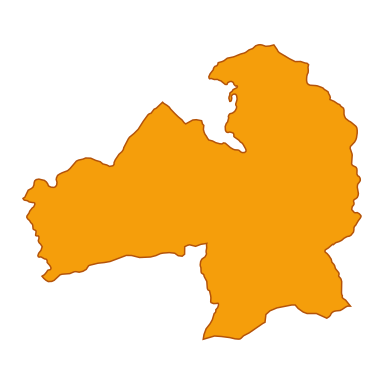 Bannang Sata, Yala, Thailand
{"feature_id": "78962969B58904714104170", "entity_name": "Bannang Sata", "entity_type": "district", "adm_level": 2, "iso_a3": "THA", "parent_name": "Thailand", "parent_adm1": "Yala", "projection": "albers", "projection_center": [101.271, 6.261], "detail": "fine", "context": "isolated", "style": "filled", "palette": "amber", "viewbox_px": 384, "rotation_deg": 0, "n_neighbors": 0, "source": "geoboundaries", "source_scale": "gbopen_adm2", "svg_char_len": 5928}
<svg xmlns="http://www.w3.org/2000/svg" viewBox="0 0 384 384"><path d="M273.9,44.9L269.6,46.0L265.7,46.3L262.1,45.0L260.1,44.7L258.2,44.9L255.7,45.8L252.6,48.6L249.0,49.9L246.1,52.1L244.4,53.0L240.7,54.0L233.5,56.9L227.3,58.2L224.0,60.7L222.3,61.5L218.2,62.7L217.8,64.2L217.1,65.5L216.3,66.0L215.2,66.2L214.2,67.2L213.5,68.4L213.3,69.7L210.1,73.8L208.8,76.8L209.1,78.2L209.6,78.8L211.2,78.5L214.3,79.5L217.4,79.4L219.3,80.4L220.8,80.8L225.2,84.4L226.3,84.5L227.0,84.4L227.8,82.6L229.8,81.6L231.3,81.4L232.9,82.2L233.4,82.8L234.0,84.4L235.4,85.9L236.0,86.1L236.5,85.8L237.0,85.9L237.3,86.1L237.4,86.8L236.9,87.7L233.1,89.6L232.1,91.3L230.1,92.8L229.8,93.7L229.8,95.0L229.0,97.0L228.9,98.4L229.8,101.4L230.4,101.4L231.3,100.7L231.8,98.1L231.4,96.2L232.1,95.1L232.8,94.5L233.8,94.1L234.8,94.1L235.6,94.3L236.4,95.3L236.7,96.0L237.1,99.0L236.7,100.9L235.7,104.0L235.8,105.0L236.6,106.5L236.6,107.2L236.4,108.4L235.5,110.2L234.6,111.5L232.4,113.1L230.0,113.7L229.2,114.5L228.6,115.6L228.3,116.8L228.7,117.7L227.6,121.9L226.3,123.5L225.2,126.5L225.4,129.9L225.6,130.7L226.2,131.7L226.8,132.2L228.0,132.5L229.8,132.0L232.4,132.7L233.4,133.3L233.8,134.3L233.9,136.5L234.4,137.0L238.8,140.1L240.4,142.0L242.0,143.0L243.0,144.2L245.5,148.6L246.0,149.9L246.0,150.9L245.9,151.4L244.6,152.5L242.2,152.6L240.9,152.0L238.9,150.3L237.9,150.0L234.8,149.8L233.1,149.2L230.4,147.6L225.3,143.2L223.5,142.9L222.0,143.9L220.0,143.8L215.8,142.7L212.6,141.0L208.8,140.0L207.6,138.4L206.3,136.1L205.0,134.3L204.1,132.2L203.4,129.5L203.8,125.4L202.5,124.0L201.6,120.7L196.3,119.7L192.8,120.0L185.7,123.9L184.1,122.7L182.0,119.9L178.2,116.8L174.7,113.4L170.7,109.2L169.2,107.1L167.2,105.5L163.7,103.3L162.6,102.2L156.3,108.2L154.1,109.2L151.1,113.2L149.1,113.9L147.9,114.9L143.4,121.1L138.2,129.3L134.0,133.5L129.5,137.2L128.3,138.9L123.8,147.6L123.3,149.6L122.0,151.6L119.0,154.3L115.3,159.8L114.1,162.5L114.0,164.5L112.8,165.8L109.5,166.4L106.9,165.0L102.8,163.9L100.2,161.7L95.7,160.4L90.8,158.2L85.6,158.0L83.1,159.1L78.5,160.1L76.4,161.1L70.0,168.6L67.6,170.7L62.1,172.8L59.5,174.1L57.6,175.4L56.5,177.8L56.2,179.5L57.0,182.2L56.7,184.9L55.5,186.7L54.0,187.4L51.0,187.2L48.5,185.9L47.6,183.7L46.3,181.9L44.4,180.4L38.9,179.1L36.2,179.6L34.7,180.9L34.2,182.6L33.9,185.1L32.9,187.3L31.2,188.6L28.2,190.2L24.8,197.3L23.0,198.4L23.6,199.5L24.3,200.1L27.4,200.7L29.1,201.9L32.8,202.6L33.9,202.6L34.7,203.1L34.8,203.6L34.8,204.5L33.7,206.9L32.3,207.9L29.7,211.2L29.1,212.9L26.9,216.1L26.8,217.3L27.6,218.8L29.6,220.6L30.7,222.5L32.3,224.2L32.7,225.1L33.1,228.9L33.5,229.4L35.7,230.5L36.0,231.0L36.0,232.3L35.6,235.1L35.7,235.5L36.6,235.9L38.2,235.9L38.8,236.6L39.0,238.1L38.3,240.6L38.5,241.4L39.1,242.7L40.6,244.2L42.2,246.7L41.0,250.3L38.7,253.2L37.9,255.5L38.2,256.6L38.5,256.9L39.3,257.1L40.7,256.9L41.4,257.1L44.5,258.9L45.8,259.1L46.4,259.4L47.1,260.4L47.2,262.5L49.9,265.6L50.9,267.5L51.0,268.3L50.6,269.3L50.2,269.7L48.1,270.1L47.6,270.5L46.5,272.2L44.4,274.7L42.0,276.2L43.8,278.4L46.0,280.3L48.3,281.6L51.8,281.4L54.2,280.3L60.1,274.8L62.1,274.2L69.8,273.6L74.1,271.8L75.8,271.6L79.2,272.2L82.9,271.3L86.2,269.4L88.6,265.7L90.2,265.1L98.0,263.2L104.5,262.5L110.1,261.5L126.3,255.4L131.7,255.5L139.6,257.5L150.5,257.0L155.9,255.6L160.4,253.6L162.9,253.1L169.3,252.6L174.7,253.2L178.2,255.7L182.2,256.2L184.6,254.2L184.7,246.7L187.6,245.3L189.6,244.8L195.6,246.3L201.0,244.3L206.8,243.4L206.5,244.2L206.7,247.9L206.1,251.0L206.2,252.7L206.5,253.8L206.3,254.6L205.0,256.9L202.0,259.0L201.2,260.3L200.6,261.7L200.2,264.9L200.4,266.3L200.9,267.5L201.1,271.9L201.4,272.9L203.5,274.4L203.9,275.1L204.2,276.5L206.8,281.4L207.3,288.1L207.6,289.2L208.1,290.0L209.5,290.7L210.6,295.4L210.9,297.7L210.7,301.8L211.1,302.6L213.5,303.6L216.0,303.5L217.9,303.2L218.3,303.5L218.5,304.4L218.3,306.0L217.5,307.8L215.8,309.8L215.9,310.6L215.5,312.4L214.2,313.5L212.3,319.8L210.1,323.7L206.1,328.8L204.0,334.5L203.2,339.3L214.5,336.0L221.4,336.5L230.0,337.6L234.9,338.8L238.3,339.1L239.9,339.0L241.1,338.2L243.5,335.8L249.1,332.9L263.0,323.3L265.0,322.3L265.9,314.5L270.0,310.8L276.9,307.9L291.7,305.0L295.2,305.0L298.2,308.5L303.1,312.0L307.0,313.5L316.4,313.5L326.8,318.2L329.1,316.7L330.3,315.4L331.1,313.7L332.3,312.3L334.2,311.3L336.0,310.9L340.1,310.5L342.2,309.4L345.7,307.0L347.6,306.1L350.4,306.1L345.6,300.1L343.3,298.6L342.4,297.6L342.2,297.1L342.4,295.8L341.7,294.4L341.5,292.7L341.7,281.6L341.0,279.1L340.3,278.0L338.8,276.4L338.7,275.4L339.0,274.5L339.0,273.3L338.5,272.4L335.4,268.5L334.6,265.6L333.8,264.3L331.9,262.2L331.2,259.2L329.0,255.8L327.1,253.6L325.3,252.2L324.9,251.3L325.2,250.1L325.7,249.6L328.3,248.0L332.6,244.3L333.3,244.7L335.7,242.7L339.1,241.6L341.7,240.3L344.1,238.2L347.0,236.6L349.5,236.1L351.1,235.1L353.5,232.0L353.9,229.9L353.9,227.8L354.6,226.2L355.5,225.5L358.3,220.7L360.2,218.2L361.0,216.7L360.9,215.6L359.3,213.8L357.3,212.6L355.2,212.8L354.3,212.5L351.8,209.7L351.7,209.3L352.3,206.5L353.3,205.5L354.0,204.2L354.0,202.9L353.6,201.8L353.6,200.5L354.2,199.6L356.1,198.5L357.3,197.4L358.1,195.5L358.4,193.6L357.3,187.3L357.4,185.8L357.7,184.3L359.7,181.6L360.2,180.7L360.3,180.0L360.2,178.7L359.8,177.6L359.0,176.5L357.9,175.9L357.4,175.1L356.9,174.0L357.0,170.1L356.8,168.6L356.3,167.7L355.8,167.1L353.0,165.7L352.1,164.9L351.6,163.9L352.2,155.1L352.0,153.8L350.1,148.3L350.4,146.5L354.6,142.0L355.9,139.7L356.5,137.8L357.2,133.1L357.2,130.4L356.9,128.2L356.5,127.2L355.8,126.2L351.4,122.5L349.9,121.5L348.7,120.9L345.6,118.4L344.6,116.4L344.0,114.2L344.0,110.2L343.5,108.2L340.9,106.3L339.7,104.6L337.7,103.8L334.2,101.4L329.9,99.5L330.3,97.4L329.7,95.5L328.7,93.8L328.1,91.9L326.3,90.6L324.4,89.5L323.1,88.1L321.4,87.3L317.5,85.9L315.8,85.6L310.0,85.2L308.3,84.4L307.0,82.8L306.6,80.5L306.6,78.7L306.8,76.2L307.3,74.3L308.1,72.7L308.3,70.7L308.0,67.1L308.6,64.7L307.1,63.3L305.1,63.0L300.6,61.5L295.2,61.6L289.6,58.8L279.2,52.6L278.0,51.3L277.0,49.4L273.9,44.9Z" fill="#f59e0b" stroke="#b45309" stroke-width="1.5"/></svg>